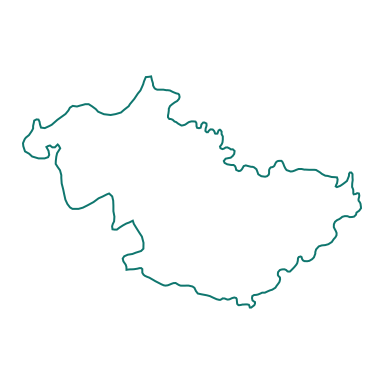 outline of Valozhyn, Minsk, Belarus
{"feature_id": "67162791B19881563690612", "entity_name": "Valozhyn", "entity_type": "district", "adm_level": 2, "iso_a3": "BLR", "parent_name": "Belarus", "parent_adm1": "Minsk", "projection": "orthographic", "projection_center": [26.67, 54.05], "detail": "fine", "context": "isolated", "style": "outline", "palette": "teal", "viewbox_px": 384, "rotation_deg": 0, "n_neighbors": 0, "source": "geoboundaries", "source_scale": "gbopen_adm2", "svg_char_len": 5636}
<svg xmlns="http://www.w3.org/2000/svg" viewBox="0 0 384 384"><path d="M312.2,259.1L313.9,257.4L315.3,253.7L315.3,252.1L316.1,249.4L318.8,246.4L321.8,245.4L325.2,245.1L328.4,244.2L331.8,242.0L333.6,239.3L335.4,237.3L336.5,235.3L336.6,233.0L335.8,231.0L334.6,228.8L333.8,227.1L333.9,224.2L335.0,221.8L337.1,220.1L339.3,219.1L341.0,217.9L342.3,216.8L344.9,216.1L347.5,216.2L349.7,217.1L352.1,217.0L354.1,216.6L356.0,214.7L356.5,212.6L359.2,210.7L361.0,208.2L360.9,206.8L360.5,203.8L359.9,202.4L358.6,200.7L358.5,199.2L359.1,197.0L359.3,195.5L358.9,193.5L357.4,193.2L356.6,193.4L355.8,194.0L353.7,194.3L353.3,193.2L353.3,191.2L353.2,189.7L352.7,188.3L352.1,187.0L352.2,183.7L352.3,182.8L352.7,180.1L352.5,177.1L352.5,174.1L351.3,172.5L349.9,172.5L349.1,173.7L348.9,176.1L347.0,180.9L345.0,182.5L342.6,184.3L340.2,185.9L336.9,187.1L335.7,186.4L336.3,184.6L337.0,183.4L337.4,181.2L337.6,179.4L337.0,177.4L335.0,177.2L331.6,177.0L327.6,175.9L325.3,175.7L321.9,173.9L319.9,172.3L316.1,170.0L314.3,169.8L310.9,169.8L309.1,169.8L305.7,169.6L304.3,169.6L301.7,169.0L298.6,169.0L296.4,169.8L294.6,170.6L292.6,171.3L290.6,171.5L286.6,170.1L285.4,168.5L284.2,166.1L283.4,163.9L282.2,161.5L281.2,160.8L280.0,160.9L278.8,160.9L277.7,161.1L276.5,161.8L275.7,162.9L274.9,164.5L274.4,165.7L273.5,166.6L272.1,167.2L270.9,167.3L269.8,168.4L269.1,170.0L269.1,172.9L268.8,174.6L267.1,176.2L265.1,176.7L261.3,176.2L258.3,174.3L257.3,171.5L256.4,169.2L254.0,167.3L252.5,166.8L251.1,166.8L247.2,165.8L245.8,165.4L243.7,166.1L242.7,167.9L241.8,169.4L240.5,170.7L238.8,171.1L236.2,169.9L235.7,167.6L235.0,166.1L233.6,165.0L231.2,165.0L227.2,164.3L224.6,162.9L223.8,161.0L225.6,158.7L227.9,158.2L230.7,157.7L232.8,155.9L234.2,153.9L234.6,151.0L232.8,149.3L230.9,149.4L229.5,148.4L227.4,147.4L225.7,147.5L223.8,148.7L222.4,149.1L220.5,148.2L220.0,146.5L221.3,144.9L222.0,143.7L222.5,142.3L222.8,139.7L222.8,136.4L221.6,134.2L221.6,131.6L220.7,130.3L219.9,129.7L218.6,130.4L218.1,131.7L217.4,133.6L216.4,133.7L215.3,133.7L214.9,133.2L214.6,132.0L214.0,130.8L212.7,129.5L211.3,129.4L210.4,129.4L208.8,130.8L207.9,132.2L206.6,132.2L205.4,130.9L205.7,128.3L206.3,126.7L206.6,125.2L206.4,123.5L204.4,122.5L203.2,122.5L201.4,124.5L201.2,125.7L200.7,127.7L199.0,128.2L197.1,127.8L196.5,126.2L196.5,124.5L196.4,123.1L195.5,121.6L193.3,121.4L191.4,121.4L189.1,122.0L187.6,122.9L186.3,123.9L184.8,124.8L182.6,125.4L181.4,125.5L178.1,123.6L176.2,122.1L174.5,121.5L172.6,119.7L170.7,119.0L169.3,119.0L168.0,117.3L168.0,115.4L168.4,113.6L168.8,110.5L168.8,108.8L170.0,106.1L172.1,104.3L174.7,102.4L177.2,101.0L179.0,98.9L179.6,97.0L179.1,94.6L178.2,93.8L176.1,93.3L173.9,92.4L172.5,91.8L170.0,90.5L167.8,90.2L166.3,90.2L163.5,89.7L160.4,89.7L157.3,89.7L155.3,88.9L154.2,87.7L153.1,85.5L152.9,83.2L151.9,80.0L151.1,76.4L149.1,76.8L145.8,77.1L144.0,81.4L143.2,84.2L141.9,87.2L140.4,90.5L137.9,93.5L134.3,98.9L129.9,104.2L128.7,106.2L124.1,109.8L121.0,112.5L115.6,114.1L110.6,115.0L103.9,114.2L98.1,111.7L95.8,109.1L92.0,106.3L88.7,104.2L85.2,104.2L82.4,105.0L80.4,105.5L77.0,106.5L72.7,105.9L69.9,107.7L68.4,110.5L65.5,114.0L57.4,119.8L51.7,124.8L49.2,126.1L44.8,128.1L41.0,127.6L40.0,124.5L39.5,121.7L38.5,119.6L36.5,119.4L34.2,120.6L33.9,122.4L33.1,126.0L33.1,128.5L31.8,131.0L29.0,135.1L25.9,137.6L24.9,138.9L24.6,139.4L23.0,143.2L23.3,146.2L25.0,151.4L29.1,153.7L32.1,156.5L38.5,158.4L44.6,158.4L48.1,157.2L49.2,154.9L48.5,150.8L46.4,147.0L48.2,146.0L50.0,145.5L52.3,147.3L54.9,147.3L57.7,144.5L58.9,145.8L60.2,148.3L57.1,153.2L56.3,156.7L55.8,161.0L55.7,163.9L57.8,167.2L60.0,170.3L61.3,175.1L61.3,177.9L61.7,183.5L63.2,189.4L64.2,194.3L65.4,199.7L67.4,204.0L70.0,207.4L72.5,208.9L78.4,208.9L82.8,207.7L87.4,205.4L93.5,202.1L98.6,198.3L102.5,196.6L106.6,194.5L109.1,193.5L112.2,196.4L113.2,200.7L113.4,205.6L113.4,211.2L114.4,216.6L114.1,221.4L112.8,224.0L112.1,226.3L112.5,229.3L114.6,229.6L116.9,229.6L119.5,227.6L123.1,225.3L126.4,223.5L129.2,222.5L132.8,220.7L133.8,223.8L136.3,227.9L139.4,232.8L141.9,236.6L143.5,242.8L143.4,248.7L141.1,251.0L135.7,252.7L132.4,254.0L127.8,254.7L124.2,256.3L122.7,258.6L123.4,261.4L125.7,264.7L126.4,266.9L126.5,269.8L129.2,269.4L132.4,269.3L134.1,269.2L137.3,268.7L139.6,268.1L141.2,268.1L142.3,269.1L142.3,270.5L142.3,272.7L143.5,274.7L144.9,275.8L146.8,276.7L149.4,277.7L151.1,278.7L153.2,279.9L155.2,281.1L158.7,282.9L161.4,284.3L163.7,285.3L165.5,285.6L167.8,285.3L169.4,284.7L171.5,283.8L173.5,283.1L175.6,283.0L178.7,284.9L180.4,285.6L182.7,285.7L187.0,285.6L188.6,285.6L192.5,286.5L194.4,287.8L195.3,289.7L195.9,291.0L197.8,293.5L199.1,293.8L201.5,294.3L204.2,294.8L206.9,295.3L209.9,296.1L212.6,297.4L214.8,298.4L216.6,299.2L219.0,299.8L220.1,299.9L221.6,299.2L222.6,298.4L224.7,298.5L226.6,299.3L227.8,299.6L229.5,299.3L232.1,298.1L234.3,297.5L236.1,298.0L236.7,299.0L237.0,302.1L237.2,303.9L238.4,305.1L239.9,305.1L241.5,304.8L242.7,304.5L244.0,304.5L246.0,304.4L247.1,304.4L248.9,304.8L249.4,305.9L249.8,307.5L251.1,307.6L252.2,306.8L254.3,305.2L255.0,303.6L255.0,302.1L253.8,301.4L252.5,300.4L252.0,298.1L252.3,296.1L254.1,295.0L256.1,294.9L258.0,294.5L260.2,293.6L262.1,292.7L264.8,292.7L267.8,291.3L269.9,290.4L272.2,289.7L273.2,289.1L275.4,287.7L276.5,286.0L278.6,283.2L279.5,281.8L280.1,279.3L279.9,277.4L278.7,276.3L277.9,275.1L277.9,273.3L278.1,272.1L279.8,270.1L281.2,269.6L283.0,269.3L284.5,269.3L286.3,270.1L287.5,271.4L288.9,271.6L290.0,271.5L291.7,269.8L293.2,268.3L294.5,266.9L296.3,264.7L297.2,263.2L297.8,260.8L298.0,258.2L298.8,257.0L300.7,256.5L301.6,257.1L302.0,258.8L302.9,260.3L304.3,261.1L306.5,261.2L307.4,261.2L309.4,260.8L312.1,259.2L312.2,259.1Z" fill="none" stroke="#0f766e" stroke-width="2"/></svg>